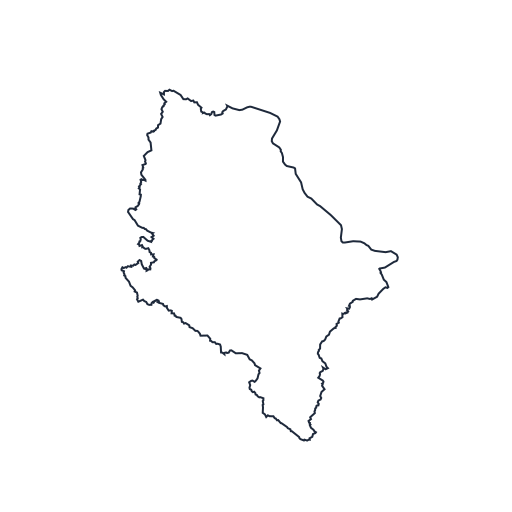 Thayarwady, Bago, Myanmar, rotated 154°
{"feature_id": "60261553B84336516867138", "entity_name": "Thayarwady", "entity_type": "district", "adm_level": 2, "iso_a3": "MMR", "parent_name": "Myanmar", "parent_adm1": "Bago", "projection": "orthographic", "projection_center": [95.818, 18.129], "detail": "fine", "context": "isolated", "style": "outline", "palette": "slate", "viewbox_px": 512, "rotation_deg": 154, "n_neighbors": 0, "source": "geoboundaries", "source_scale": "gbopen_adm2", "svg_char_len": 6107}
<svg xmlns="http://www.w3.org/2000/svg" viewBox="0 0 512 512"><g transform="rotate(154 256 256)"><path d="M257.7,440.7L259.1,441.0L260.9,443.4L262.7,442.9L265.4,444.3L266.9,443.7L267.9,441.6L270.5,444.7L270.9,442.4L270.3,437.3L269.1,434.0L271.5,433.4L271.6,432.3L273.4,431.7L273.5,431.1L275.0,430.9L276.6,429.4L276.6,426.5L279.0,425.3L279.0,421.9L281.2,420.6L283.8,416.9L286.7,416.5L287.8,414.4L289.8,414.3L291.0,413.3L293.0,413.4L293.1,412.8L294.0,412.8L295.3,414.0L296.5,413.1L299.9,413.5L300.8,412.4L300.7,409.6L301.6,407.7L301.0,404.2L303.7,396.8L307.9,396.9L313.0,395.1L313.3,390.6L314.3,389.5L314.4,387.5L314.9,387.1L318.2,387.5L318.6,384.8L319.3,384.7L319.8,383.4L322.7,381.6L323.4,379.3L322.0,372.9L322.3,372.2L323.3,373.5L324.6,374.0L325.2,375.2L326.3,375.2L326.8,372.8L328.2,371.7L327.9,371.0L330.6,369.8L330.3,369.0L331.7,368.2L331.0,366.7L333.6,362.5L332.6,361.6L333.4,360.2L336.9,355.9L338.3,355.2L337.9,354.5L338.5,353.8L340.4,352.8L343.0,352.6L343.4,352.0L343.2,350.4L344.2,350.2L345.7,352.5L348.4,353.9L350.5,353.3L351.7,351.7L350.4,343.0L349.4,341.5L348.8,335.0L345.8,331.1L344.6,330.5L344.1,329.0L343.1,328.3L342.7,326.5L340.2,323.2L338.7,321.9L339.6,321.8L339.1,319.1L341.6,318.8L340.6,316.4L342.1,316.0L342.8,315.2L344.2,315.5L344.3,314.9L346.7,317.2L348.9,322.5L350.6,323.2L352.0,323.0L352.3,321.5L353.4,320.2L354.4,320.2L354.8,319.3L356.7,318.4L356.0,317.5L356.3,316.1L353.7,315.8L353.7,314.6L354.4,313.7L353.6,313.4L352.8,311.5L351.9,310.7L349.4,310.2L349.3,307.9L349.9,306.2L349.0,304.9L349.6,303.4L347.3,302.4L348.9,300.7L347.9,299.7L348.3,298.6L346.9,296.3L347.3,295.9L349.7,295.8L350.5,295.1L353.4,295.9L354.1,294.3L356.4,292.9L356.2,291.3L356.9,290.3L359.0,291.3L359.6,290.7L360.8,290.7L359.9,292.2L359.9,293.3L360.5,293.4L360.8,292.4L362.2,293.8L362.3,298.6L361.4,301.9L362.5,303.4L364.8,302.7L364.9,301.3L368.3,300.8L369.1,301.7L370.6,301.1L372.5,302.2L372.9,301.0L375.7,303.0L377.5,302.3L378.0,303.1L380.2,303.2L381.0,304.4L382.7,303.2L383.0,302.0L381.3,300.2L382.3,299.0L382.2,297.2L383.0,296.3L382.2,295.2L382.8,293.5L381.4,288.6L381.8,284.2L380.6,281.9L379.7,278.1L380.6,277.3L379.0,275.3L379.8,272.1L380.6,271.4L380.8,269.9L381.9,269.3L381.8,266.5L376.7,266.3L376.2,264.5L374.8,262.8L374.7,260.3L373.4,258.9L371.4,258.0L370.5,259.4L369.2,259.9L368.6,258.9L368.2,259.0L368.0,260.0L364.3,260.1L363.1,258.6L363.3,257.3L364.5,257.6L363.8,256.5L360.6,253.7L360.8,252.2L359.7,250.4L358.1,250.1L358.8,248.4L358.4,245.2L356.5,244.5L355.7,243.6L357.0,241.5L354.8,240.3L355.3,238.0L354.5,237.7L354.3,236.1L350.9,233.5L350.6,232.1L351.5,229.3L350.4,228.3L350.3,226.8L348.7,226.6L346.4,223.0L346.9,221.2L344.6,218.9L343.3,215.3L341.6,214.4L341.1,213.4L340.5,210.7L340.8,208.7L334.5,205.8L333.4,201.7L334.4,200.0L333.6,199.4L332.9,197.6L330.8,196.6L330.3,194.4L329.0,194.0L327.1,192.2L327.4,190.0L329.7,184.6L328.6,183.9L327.5,181.6L327.1,182.8L325.8,182.6L324.9,182.2L324.6,181.5L322.9,181.1L320.8,182.5L319.5,182.0L316.8,177.4L311.1,174.8L307.2,171.0L307.0,165.9L305.5,164.0L304.4,160.2L304.7,158.3L301.3,153.0L303.6,151.7L304.1,149.3L305.6,148.6L308.3,145.3L310.8,144.0L312.4,143.5L313.8,145.6L315.1,145.9L317.5,145.5L317.8,142.5L319.6,140.5L319.9,139.1L318.9,137.9L319.1,136.3L318.5,135.0L317.1,134.8L316.7,133.1L317.1,131.7L316.1,130.6L316.0,129.2L315.0,127.5L314.1,127.3L311.7,124.9L312.7,123.0L313.5,122.7L314.4,119.4L315.3,119.2L316.1,116.8L318.7,112.1L317.4,109.7L317.4,106.8L315.2,107.6L314.1,106.1L310.6,104.3L310.3,102.0L309.5,101.3L309.1,99.1L308.0,98.8L307.0,94.9L306.4,94.6L303.1,88.7L302.9,87.3L301.1,85.2L301.5,83.3L300.6,82.8L296.6,74.4L296.8,73.3L296.4,72.0L293.8,69.2L293.0,69.7L290.9,67.7L289.0,67.8L288.2,67.3L287.7,68.7L284.7,68.8L282.8,71.0L280.3,70.8L279.4,71.3L280.3,72.7L280.5,74.6L281.9,77.5L281.8,80.2L281.0,80.6L281.4,81.5L280.7,82.3L281.3,83.0L281.1,84.7L278.1,85.3L278.0,87.3L272.0,89.0L271.5,90.8L270.6,91.3L269.6,93.0L268.4,93.3L267.5,94.7L266.5,94.9L265.4,94.4L264.4,95.6L264.7,97.4L264.0,98.1L263.2,98.7L260.9,98.7L259.6,99.8L259.7,102.0L256.7,105.1L252.8,106.2L253.5,110.4L252.4,111.4L252.6,112.3L251.3,112.5L250.4,113.6L250.6,114.8L253.4,119.3L251.3,120.4L250.2,121.8L250.1,122.8L249.2,123.4L246.4,123.5L244.8,125.0L244.7,126.4L243.1,123.7L240.6,123.7L241.2,125.5L240.8,129.1L242.4,132.3L242.2,135.3L243.4,136.5L243.0,139.9L243.3,141.0L242.5,142.3L241.0,143.2L240.8,144.0L239.0,144.7L237.1,148.4L233.9,150.3L232.6,149.9L230.5,150.6L228.1,152.8L224.9,153.3L222.7,155.6L217.7,156.9L216.0,156.5L215.9,157.2L213.9,157.9L213.4,159.6L210.8,159.8L210.7,160.9L208.2,163.2L207.3,162.8L205.1,163.1L203.7,166.3L203.2,165.7L201.5,165.7L201.0,165.2L199.5,165.1L199.8,165.7L198.1,165.4L197.4,165.8L197.9,167.5L197.0,168.2L197.1,169.0L195.4,167.8L194.0,168.9L193.6,170.1L194.2,170.5L192.5,172.0L189.2,172.4L188.6,173.3L184.9,173.6L181.6,171.4L174.6,169.2L172.4,167.4L170.6,167.3L170.7,166.0L165.0,166.3L162.3,168.4L155.9,170.7L153.3,171.1L151.9,169.7L150.7,170.0L150.2,175.4L151.5,178.7L151.1,184.1L151.5,186.2L150.8,186.5L150.7,187.8L150.9,191.2L150.6,190.6L145.2,189.1L134.6,190.2L131.9,189.9L130.5,190.7L129.1,192.7L129.0,195.6L132.6,201.2L137.8,202.6L146.9,208.5L149.6,211.2L150.6,215.9L151.9,217.4L153.0,219.9L155.7,223.1L162.2,226.7L170.4,229.2L172.1,230.1L172.7,231.9L171.7,235.3L167.0,242.5L166.1,246.4L170.8,259.9L176.5,272.7L178.5,275.5L181.1,283.4L183.7,286.7L184.7,291.5L184.8,295.5L183.2,302.4L184.3,312.4L182.5,317.6L183.4,319.0L188.9,323.4L189.8,325.4L190.4,329.0L188.4,333.0L187.6,337.1L187.9,339.3L187.1,340.6L187.5,343.4L191.4,349.8L191.5,352.3L190.1,354.6L182.2,359.7L175.4,366.3L175.0,368.7L175.5,371.8L180.6,378.4L194.8,392.1L196.0,392.9L198.7,393.5L204.1,393.5L207.0,394.4L212.4,399.0L216.0,403.8L216.0,403.1L218.8,400.9L221.9,400.7L223.3,400.0L223.5,398.7L225.4,398.5L230.8,399.9L231.5,400.9L230.4,403.7L231.2,404.6L232.6,404.6L233.9,403.2L235.7,402.8L235.8,404.0L238.0,405.0L239.1,406.3L239.5,407.5L240.8,407.7L240.5,408.0L241.9,409.8L241.1,412.5L240.0,413.2L241.8,417.3L241.7,420.1L244.1,421.1L244.2,423.2L246.4,423.7L248.4,427.6L250.1,427.5L252.5,428.8L253.2,433.8L257.7,440.7Z" fill="none" stroke="#1e293b" stroke-width="2"/></g></svg>